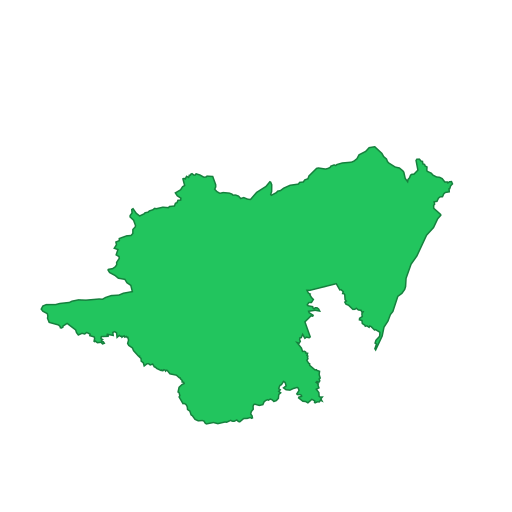 Na Di, Prachin Buri, Thailand (Robinson projection), rotated 303°
{"feature_id": "78962969B93124351741283", "entity_name": "Na Di", "entity_type": "district", "adm_level": 2, "iso_a3": "THA", "parent_name": "Thailand", "parent_adm1": "Prachin Buri", "projection": "robinson", "projection_center": [101.834, 14.202], "detail": "fine", "context": "isolated", "style": "filled", "palette": "green", "viewbox_px": 512, "rotation_deg": 303, "n_neighbors": 0, "source": "geoboundaries", "source_scale": "gbopen_adm2", "svg_char_len": 6110}
<svg xmlns="http://www.w3.org/2000/svg" viewBox="0 0 512 512"><g transform="rotate(303 256 256)"><path d="M311.8,398.1L319.0,394.0L333.6,390.5L343.6,390.9L366.4,387.7L376.5,389.4L386.2,388.1L390.8,388.8L391.4,388.2L392.8,379.1L395.2,377.4L396.7,377.6L398.4,375.9L400.4,378.0L403.9,377.5L405.9,378.2L407.3,380.1L410.6,379.6L412.4,380.2L415.1,383.1L417.5,381.3L418.0,381.8L420.9,381.0L423.5,381.5L424.9,379.4L423.6,377.8L421.8,377.1L422.3,376.2L420.9,374.1L422.3,370.0L422.0,367.2L420.6,364.4L420.2,360.4L420.9,357.9L420.3,353.6L420.8,352.6L423.8,350.9L423.6,348.8L424.6,347.5L424.1,345.8L426.0,344.1L425.4,343.0L426.2,340.3L424.8,338.2L423.3,338.2L416.2,345.0L410.6,343.9L409.4,342.2L408.0,341.6L405.1,342.2L403.0,341.8L400.9,342.7L402.3,338.9L406.8,334.3L407.4,332.7L407.9,328.3L406.4,324.3L406.3,316.7L406.8,314.8L408.4,312.6L408.9,308.9L410.6,305.7L412.3,296.1L408.5,291.9L403.4,291.0L397.0,287.3L392.6,287.7L389.0,286.5L386.7,285.0L381.0,277.7L376.7,274.0L375.3,273.6L374.9,271.9L372.0,269.8L370.9,270.0L368.8,268.8L366.8,267.0L363.8,260.4L362.5,259.1L352.0,256.8L349.1,257.5L346.4,255.5L343.7,255.3L341.5,252.5L339.4,252.4L333.9,246.1L328.0,242.3L324.2,240.9L322.1,238.8L320.3,238.6L315.3,235.8L315.6,234.8L318.6,234.0L324.3,230.4L325.9,228.1L325.8,227.2L319.8,226.5L309.7,221.9L300.4,220.6L299.1,218.1L298.3,213.9L295.9,211.9L296.7,208.7L296.0,205.7L294.5,203.6L294.8,202.1L294.2,199.4L291.3,193.9L288.9,191.6L288.7,188.1L289.5,185.0L292.0,184.6L293.8,183.4L299.1,176.4L296.3,171.4L295.2,171.2L293.7,169.5L293.4,164.9L292.3,161.0L290.6,160.8L290.0,159.9L290.2,157.5L289.2,156.8L287.9,157.0L287.4,156.1L285.2,156.7L285.0,154.4L282.1,154.7L281.9,153.4L280.9,152.7L276.2,157.8L274.2,156.7L270.4,156.7L265.0,154.0L263.6,157.2L263.6,161.5L261.8,162.4L260.2,160.2L257.6,160.7L256.4,159.7L253.5,160.4L250.4,156.5L248.8,156.2L246.2,151.3L241.4,146.7L240.7,145.0L238.7,144.4L235.7,142.0L234.1,141.7L231.8,139.4L230.4,139.2L226.2,136.6L226.6,132.3L228.7,127.1L227.3,126.5L224.6,128.6L221.4,128.4L220.2,129.1L219.3,133.9L215.9,138.4L214.6,138.9L211.2,138.3L207.9,140.4L205.2,140.1L202.5,136.6L196.2,131.8L194.5,133.0L191.4,130.9L189.4,132.9L185.3,132.9L186.2,136.7L180.8,138.1L180.9,141.4L179.6,142.6L174.7,142.6L172.9,143.9L170.4,143.9L167.4,142.7L164.4,139.5L163.7,139.5L162.4,142.2L162.9,148.5L162.4,152.6L165.0,158.8L163.3,162.3L163.2,167.0L158.8,171.7L152.5,165.0L148.5,162.3L144.0,156.2L139.2,152.4L136.1,150.8L134.5,147.9L126.3,137.4L122.5,131.0L117.9,126.3L115.5,124.9L109.3,117.3L106.1,114.4L101.0,106.6L98.0,104.5L94.5,104.8L93.6,107.3L94.0,112.4L92.2,114.2L90.3,115.0L87.7,118.7L90.6,127.9L90.2,130.2L89.3,131.0L89.6,132.0L91.1,132.8L92.2,132.3L96.6,134.3L95.8,145.0L94.0,147.2L93.0,150.0L96.4,152.2L97.3,154.8L99.7,155.7L100.1,159.5L98.7,160.0L100.0,164.3L99.1,165.5L96.3,166.6L96.3,167.3L97.1,167.5L96.9,170.2L99.2,173.0L98.7,175.2L100.2,176.3L100.9,174.7L100.4,173.0L101.1,172.3L102.4,172.8L102.3,170.9L104.2,170.2L108.1,175.7L108.7,175.5L108.4,174.3L109.4,173.9L111.6,179.5L113.9,177.5L115.6,178.7L115.6,180.9L112.1,183.8L115.0,184.6L114.8,186.0L115.6,187.2L114.9,187.8L117.2,188.9L116.5,190.2L117.9,191.0L117.5,192.3L118.0,192.7L116.1,194.9L112.7,196.0L111.7,198.0L111.6,202.4L109.9,204.9L108.0,212.1L108.5,212.9L107.8,213.2L107.5,215.3L105.3,217.0L105.1,219.6L102.9,222.1L106.3,223.3L107.2,224.6L107.0,226.6L109.1,228.2L107.6,231.2L108.0,232.1L107.6,234.0L108.3,238.9L109.1,239.1L109.0,240.4L110.5,240.7L110.7,242.0L110.2,242.9L111.4,243.1L111.7,243.9L110.3,248.0L112.7,254.1L112.1,258.2L112.5,258.9L111.8,259.7L111.4,261.9L110.1,262.6L110.7,264.1L109.9,265.2L108.0,264.0L104.0,263.0L99.5,264.7L99.6,265.8L97.4,268.2L95.9,268.3L92.4,275.2L93.2,276.1L93.4,278.1L92.2,280.4L90.0,282.2L89.9,285.0L87.4,288.1L87.4,289.7L85.8,293.8L86.3,297.3L88.8,300.6L89.2,302.2L88.1,304.6L88.2,305.9L93.2,311.0L94.6,315.3L99.9,320.4L100.6,321.9L104.4,324.3L104.5,326.0L105.5,327.7L108.0,329.2L107.6,331.4L108.1,332.7L113.0,334.2L114.9,337.0L117.4,339.1L117.5,340.7L118.3,341.2L119.9,339.6L120.6,337.6L123.0,336.8L126.0,337.1L128.3,335.4L130.2,335.0L131.1,335.7L132.5,340.2L135.1,342.7L138.1,342.2L140.3,342.9L141.8,344.0L141.8,344.9L143.8,345.9L144.2,348.1L143.7,350.2L145.8,351.8L148.8,352.3L152.3,350.5L154.7,351.2L154.8,348.8L157.0,349.2L157.1,347.3L158.0,347.0L160.5,346.5L161.9,347.4L165.8,347.4L165.8,349.3L163.5,352.0L160.4,350.9L160.2,354.0L162.0,357.5L165.1,359.4L168.2,362.1L168.3,363.0L166.8,365.3L162.6,365.3L162.3,366.2L163.8,368.4L163.9,370.0L163.1,370.7L161.0,368.8L160.2,369.0L159.7,374.4L161.0,377.0L161.1,379.5L166.2,380.9L166.5,384.1L165.0,384.9L165.1,385.6L167.0,386.8L168.2,388.6L170.2,388.6L170.4,390.2L171.5,388.2L173.8,388.4L172.6,386.7L172.7,385.4L175.7,383.1L177.1,379.1L179.7,380.6L181.6,378.1L182.6,378.0L182.8,375.2L184.0,375.5L184.3,377.5L186.0,377.5L187.3,375.9L188.6,376.3L191.0,373.5L193.9,372.1L193.2,369.3L193.5,368.6L192.6,367.6L193.5,360.6L194.9,359.6L194.7,358.6L196.2,355.4L198.1,355.5L199.0,354.4L200.3,354.0L200.3,352.9L202.5,352.3L201.7,350.5L202.5,350.0L202.5,348.6L201.3,347.0L203.5,344.3L205.8,337.5L206.5,339.7L208.6,339.6L209.5,338.2L211.2,337.4L212.2,338.4L215.7,337.8L213.6,341.8L215.4,342.5L216.4,345.1L217.7,345.5L227.4,332.9L235.7,334.7L236.4,336.3L237.4,336.2L237.4,331.5L238.3,330.2L242.7,335.2L244.5,339.4L245.6,337.5L245.8,335.5L244.9,333.9L243.4,333.4L243.5,332.0L244.4,331.1L242.6,326.8L242.9,325.6L245.7,325.6L247.2,327.8L250.8,327.8L251.4,325.2L252.8,322.2L253.6,322.2L253.4,320.2L255.0,317.4L256.5,319.8L276.5,338.4L273.2,344.8L274.1,345.6L273.6,348.6L271.7,349.1L272.3,350.4L271.9,351.5L267.9,354.5L267.4,356.3L265.7,355.6L264.6,357.7L265.1,360.5L264.0,366.3L265.1,367.9L266.8,368.6L266.5,371.2L267.7,373.7L266.7,375.1L267.5,376.2L265.1,376.3L263.1,378.1L260.2,376.8L258.8,377.5L259.6,380.0L257.3,381.9L257.2,385.0L256.6,385.9L257.8,387.0L257.8,389.7L259.2,389.5L259.5,390.9L258.5,395.7L259.4,396.4L259.5,401.5L256.0,403.4L250.7,402.5L247.8,403.3L247.8,405.0L243.0,406.2L242.4,407.5L257.6,405.4L266.0,402.1L273.3,402.1L280.0,400.6L284.0,401.0L299.4,396.9L304.1,398.7L308.9,398.9L311.8,398.1Z" fill="#22c55e" stroke="#15803d" stroke-width="1.5"/></g></svg>